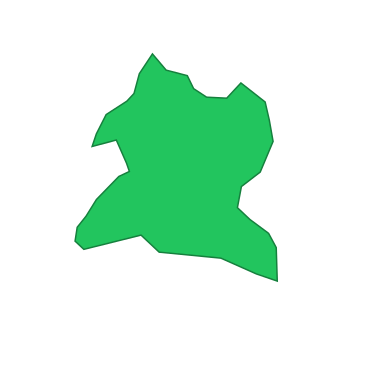 Mališevo, orthographic projection, rotated 223°
{"feature_id": "KOS-5911", "entity_name": "Mališevo", "entity_type": "District", "adm_level": 1, "iso_a3": "XKX", "parent_name": "Kosovo", "parent_adm1": "", "projection": "orthographic", "projection_center": [20.745, 42.495], "detail": "fine", "context": "isolated", "style": "filled", "palette": "green", "viewbox_px": 384, "rotation_deg": 223, "n_neighbors": 0, "source": "natural_earth", "source_scale": "10m", "svg_char_len": 608}
<svg xmlns="http://www.w3.org/2000/svg" viewBox="0 0 384 384"><g transform="rotate(223 192 192)"><path d="M232.0,76.3L244.0,76.3L251.9,87.9L253.0,102.1L256.8,121.4L256.1,153.5L251.8,164.3L259.5,168.4L282.8,178.4L296.1,157.2L301.6,169.3L307.6,190.1L301.6,214.0L301.6,224.5L311.2,242.6L315.1,266.0L294.0,263.5L274.8,273.9L261.3,268.7L246.0,271.3L230.6,284.3L230.6,305.1L199.9,307.7L184.5,297.3L167.2,284.3L155.7,253.1L159.6,229.7L148.1,211.5L130.9,211.4L107.8,214.0L92.5,208.8L68.9,185.0L89.0,176.0L125.8,163.3L175.0,125.6L199.9,125.7L232.0,76.3Z" fill="#22c55e" stroke="#15803d" stroke-width="1.5"/></g></svg>